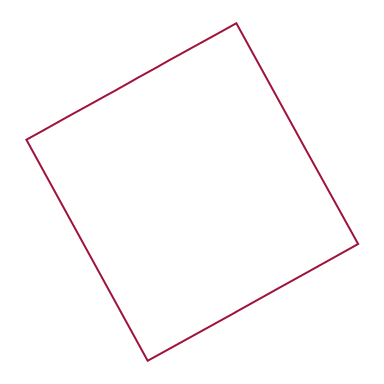 Trumbull, Ohio, United States of America, rotated 241°
{"feature_id": "52423323B93296857747121", "entity_name": "Trumbull", "entity_type": "district", "adm_level": 2, "iso_a3": "USA", "parent_name": "United States of America", "parent_adm1": "Ohio", "projection": "natural_earth1", "projection_center": [-80.618, 41.318], "detail": "fine", "context": "isolated", "style": "outline", "palette": "rose", "viewbox_px": 384, "rotation_deg": 241, "n_neighbors": 0, "source": "geoboundaries", "source_scale": "gbopen_adm2", "svg_char_len": 610}
<svg xmlns="http://www.w3.org/2000/svg" viewBox="0 0 384 384"><g transform="rotate(241 192 192)"><path d="M66.0,312.1L177.1,312.1L318.1,312.6L318.1,304.7L318.1,287.9L318.2,263.0L318.2,256.3L318.2,247.7L318.3,237.0L318.2,226.3L318.1,224.3L318.1,224.2L318.2,199.9L318.1,195.3L318.0,181.5L318.0,179.9L318.0,179.1L318.0,177.9L318.0,177.5L317.9,177.2L317.9,176.8L318.0,163.5L318.0,156.3L318.0,151.8L318.1,127.2L318.1,122.3L318.1,114.7L318.1,111.3L318.0,97.0L318.0,79.7L318.0,72.5L65.9,71.4L65.7,172.1L65.8,172.1L65.9,221.9L65.9,267.3L65.9,268.3L66.0,312.1Z" fill="none" stroke="#9f1239" stroke-width="2"/></g></svg>